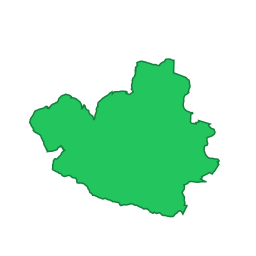 Carjiti, Hunedoara, Romania (Natural Earth projection), rotated 14°
{"feature_id": "2599482B6366449837479", "entity_name": "Carjiti", "entity_type": "district", "adm_level": 2, "iso_a3": "ROU", "parent_name": "Romania", "parent_adm1": "Hunedoara", "projection": "natural_earth1", "projection_center": [22.817, 45.851], "detail": "fine", "context": "isolated", "style": "filled", "palette": "green", "viewbox_px": 256, "rotation_deg": 14, "n_neighbors": 0, "source": "geoboundaries", "source_scale": "gbopen_adm2", "svg_char_len": 5744}
<svg xmlns="http://www.w3.org/2000/svg" viewBox="0 0 256 256"><g transform="rotate(14 128 128)"><path d="M155.6,51.3L155.2,51.6L152.5,51.0L150.7,51.3L148.2,52.1L147.9,52.4L147.2,54.8L145.6,55.9L144.1,57.5L143.5,58.8L143.6,59.3L143.4,59.9L140.8,60.0L138.8,59.8L137.6,60.4L136.7,60.4L133.3,60.0L131.0,60.1L128.7,59.7L127.3,60.0L125.6,59.7L123.5,60.5L122.9,61.1L122.5,61.2L121.4,61.9L120.8,62.6L121.4,63.6L121.4,64.3L122.1,65.0L121.9,65.3L121.9,65.6L121.6,65.8L121.5,66.4L120.7,67.1L120.7,67.5L121.1,67.6L121.2,67.9L120.9,69.0L121.5,69.6L121.2,70.0L121.5,70.0L121.7,70.3L121.7,70.7L121.8,70.9L121.5,71.4L121.5,71.9L121.8,72.3L121.8,73.0L122.1,73.3L122.0,73.7L122.2,74.3L121.9,74.8L121.8,75.7L121.9,76.4L120.7,78.7L120.6,79.7L120.8,80.6L120.6,81.0L121.2,82.1L121.3,82.6L121.2,83.2L121.1,84.5L121.2,84.9L121.1,85.4L121.5,86.1L121.4,86.8L122.4,88.5L121.9,89.1L121.8,89.5L122.9,90.2L123.7,91.1L123.9,91.7L124.2,91.8L124.2,92.2L122.6,93.5L121.6,95.1L118.7,95.0L117.8,94.8L117.5,94.5L118.3,94.0L118.4,93.7L118.4,93.4L117.8,93.1L117.1,93.0L112.8,93.8L110.5,94.9L106.0,96.2L105.1,97.1L105.1,97.3L105.3,97.6L104.7,98.4L104.7,97.7L104.2,97.7L104.1,97.2L103.8,96.8L103.7,97.1L102.5,97.9L101.7,99.0L101.0,100.5L98.1,103.3L96.1,105.5L94.9,107.7L93.4,109.6L93.0,110.5L92.9,112.3L93.2,113.1L93.2,113.6L93.4,113.6L93.5,114.1L93.4,114.3L93.6,114.4L92.9,115.5L92.7,116.2L92.8,118.1L93.2,118.4L93.5,119.1L93.0,123.7L93.4,127.0L93.0,127.2L92.9,128.1L92.5,128.0L91.3,125.6L90.7,124.9L88.9,124.4L87.6,123.7L86.4,122.6L86.2,122.2L86.0,121.3L85.6,120.7L85.2,120.4L83.7,120.3L82.5,119.6L81.7,118.5L81.3,117.3L81.0,116.9L81.1,117.2L80.8,117.3L80.4,116.6L80.1,116.6L80.4,117.4L80.1,117.3L80.0,117.5L79.6,116.4L79.4,116.6L79.3,117.2L79.5,117.9L79.2,118.0L79.0,118.4L79.0,120.2L78.4,120.5L78.3,119.5L78.1,119.2L77.3,117.1L76.8,116.2L75.0,114.3L72.5,113.1L71.4,112.9L70.5,112.1L67.5,112.0L65.7,112.4L65.3,112.0L65.3,112.5L65.2,112.5L65.1,111.9L65.3,111.2L64.9,111.2L64.1,110.6L62.6,110.3L61.1,110.5L59.7,110.3L59.0,110.5L58.0,111.6L56.9,112.0L55.5,113.3L53.9,116.1L53.7,116.7L53.7,118.4L53.3,119.7L52.9,120.2L52.8,120.7L52.1,120.6L51.2,121.8L49.8,122.6L48.5,123.8L47.8,125.0L47.4,126.4L46.9,126.6L46.9,126.9L46.3,127.3L46.2,127.9L46.4,128.2L45.9,128.3L45.4,127.9L45.3,128.2L44.8,128.2L44.4,127.3L44.1,127.0L44.3,126.7L43.9,126.6L43.1,127.0L43.1,127.4L41.8,128.3L41.7,128.8L41.1,129.4L40.2,129.7L37.2,131.4L35.4,132.9L34.4,133.3L33.9,133.8L33.4,135.0L33.1,137.1L32.5,139.3L31.3,142.3L31.4,142.9L31.1,143.7L31.3,144.4L31.4,146.8L32.9,147.8L33.2,148.1L33.1,148.6L33.3,148.9L36.0,151.2L36.9,152.5L36.6,152.9L36.6,153.3L37.5,153.6L38.1,154.4L38.9,154.4L40.2,155.0L40.9,154.9L42.3,155.5L43.6,155.6L45.4,156.8L46.5,158.7L47.9,160.2L48.5,161.2L49.6,161.8L49.8,162.1L50.0,163.4L50.7,164.7L51.8,165.7L52.2,166.3L53.3,167.2L53.5,167.9L53.9,168.0L54.2,168.6L54.7,168.6L54.8,168.7L54.7,169.1L54.8,169.4L55.3,169.6L55.6,170.1L55.5,170.4L60.5,168.6L63.8,166.6L64.5,166.0L64.5,165.3L64.9,164.3L65.6,163.1L66.5,162.8L66.6,162.6L66.5,162.4L66.7,162.2L67.7,162.4L67.6,162.2L67.3,162.0L67.3,161.6L68.6,162.3L70.2,163.6L69.8,164.0L70.9,164.7L71.1,164.6L72.1,164.9L72.0,165.2L71.0,165.8L70.5,166.4L70.4,167.1L69.8,167.7L69.4,170.0L69.0,171.0L67.5,173.4L66.7,175.1L66.2,175.4L64.5,175.5L63.6,177.5L63.6,178.2L64.2,180.8L63.8,181.6L64.5,184.3L64.6,185.8L64.9,186.6L68.6,187.6L70.9,187.9L71.9,188.6L74.0,188.6L74.9,189.2L75.6,190.0L76.2,190.2L78.1,190.4L81.8,188.4L82.8,188.2L84.7,188.8L85.5,189.4L86.7,189.6L87.8,189.5L89.4,189.1L90.4,190.4L91.0,190.9L91.1,191.2L91.2,192.3L92.0,193.5L94.3,193.2L95.5,192.7L98.9,192.8L100.8,193.8L101.9,194.2L102.9,194.9L104.1,196.7L105.6,197.8L106.1,199.1L106.7,199.8L108.3,200.3L109.4,201.1L110.0,201.8L112.2,201.5L114.9,202.0L116.2,202.5L118.4,202.6L120.1,202.9L121.0,202.9L123.1,201.6L123.6,201.9L125.9,202.4L128.7,202.3L129.3,202.7L130.2,202.8L131.0,203.2L132.4,202.8L136.9,202.7L137.8,203.1L138.9,204.7L139.7,205.0L141.4,204.2L141.9,203.7L144.3,203.0L145.0,203.1L148.1,201.5L148.8,200.9L151.0,200.5L152.7,201.2L155.3,200.9L155.8,201.0L158.1,201.7L160.1,201.8L162.9,202.8L163.8,202.5L164.2,202.0L166.1,202.0L166.3,201.6L167.2,202.3L169.4,203.5L169.7,204.0L173.0,204.7L173.9,203.3L175.2,203.8L176.6,204.0L178.8,202.6L180.4,203.0L181.9,204.1L183.3,204.4L185.5,203.8L187.0,204.0L190.1,203.8L191.7,203.4L193.3,202.9L194.8,199.8L196.0,198.7L196.9,197.0L198.2,195.7L199.7,196.1L200.7,196.8L202.1,198.3L202.6,195.6L202.5,195.3L202.9,194.8L203.2,192.5L203.9,190.5L203.9,189.0L202.5,189.2L202.3,189.1L202.1,189.4L201.2,189.1L201.4,187.3L200.8,185.8L200.0,184.7L199.8,182.8L199.3,181.0L197.9,180.0L197.4,179.0L196.0,177.3L196.8,175.5L197.3,173.9L197.2,172.8L197.0,171.2L196.1,169.5L197.3,169.0L198.0,168.3L198.8,167.9L199.8,166.5L200.3,165.5L201.4,164.9L202.7,164.5L208.3,163.9L212.5,162.3L216.6,161.3L216.5,161.1L216.0,161.3L210.7,160.0L212.0,158.4L211.4,157.3L218.0,151.5L220.8,152.3L221.8,149.6L222.3,149.2L224.9,141.4L224.2,141.2L224.1,139.7L222.9,139.3L224.4,137.9L222.8,136.5L219.3,137.1L217.8,136.9L216.1,137.3L213.5,137.6L210.2,135.6L207.6,132.0L206.6,128.9L206.8,126.9L209.0,125.4L209.1,123.8L207.9,121.8L207.0,118.8L207.0,118.3L207.3,118.0L211.4,115.4L213.2,113.1L213.5,111.5L213.3,110.8L211.6,108.4L209.6,108.3L208.1,107.8L205.8,106.3L205.4,105.5L206.7,104.3L194.7,103.7L195.2,104.9L192.6,106.4L193.1,107.1L193.1,107.6L191.1,107.6L189.6,108.0L188.1,107.9L186.9,106.8L187.0,106.0L185.6,99.5L187.3,98.3L186.8,97.5L185.4,97.9L180.5,97.2L178.2,95.9L177.6,95.4L176.1,92.9L175.9,92.1L175.9,91.4L175.5,89.3L175.8,88.9L174.9,86.1L174.9,84.1L175.5,82.1L176.6,81.3L178.5,78.8L177.8,78.0L177.8,75.4L178.2,72.8L176.7,69.5L176.4,68.2L175.5,66.8L173.9,66.3L172.6,65.5L172.2,65.0L158.9,63.4L156.2,51.2L155.6,51.3Z" fill="#22c55e" stroke="#15803d" stroke-width="1.5"/></g></svg>